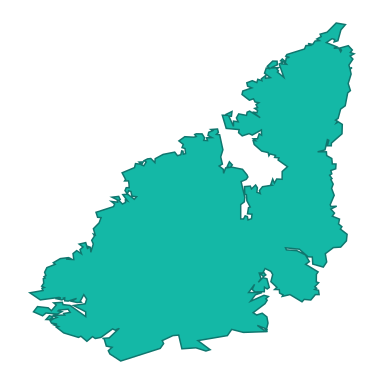 outline of Sveio nor, Hordaland, Norway
{"feature_id": "86288312B67781995425218", "entity_name": "Sveio nor", "entity_type": "district", "adm_level": 2, "iso_a3": "NOR", "parent_name": "Norway", "parent_adm1": "Hordaland", "projection": "natural_earth1", "projection_center": [5.405, 59.605], "detail": "fine", "context": "isolated", "style": "filled", "palette": "teal", "viewbox_px": 384, "rotation_deg": 0, "n_neighbors": 0, "source": "geoboundaries", "source_scale": "gbopen_adm2", "svg_char_len": 5952}
<svg xmlns="http://www.w3.org/2000/svg" viewBox="0 0 384 384"><path d="M205.9,351.0L210.1,349.7L197.9,340.6L227.4,335.6L231.7,329.4L243.4,332.4L266.6,331.6L267.0,329.8L263.6,330.0L257.3,325.4L266.6,329.0L268.0,323.1L266.9,316.9L262.2,313.2L256.7,315.0L253.1,312.7L265.0,303.7L267.2,300.2L265.8,298.8L268.4,296.5L264.0,295.3L250.5,301.3L255.4,294.8L262.0,292.6L248.6,292.5L254.6,284.3L252.2,289.4L254.9,291.9L264.3,291.7L264.5,287.2L267.2,289.0L269.3,287.5L266.9,278.7L262.9,277.7L258.3,282.3L261.0,278.6L259.2,273.0L262.8,273.0L260.8,274.2L263.4,276.6L265.8,274.9L263.2,272.2L265.1,268.5L270.8,271.3L272.7,274.5L270.9,281.7L276.9,287.3L274.6,289.5L279.3,289.6L279.6,293.1L283.0,294.8L282.2,296.4L290.0,294.6L302.0,301.8L304.2,299.4L310.8,300.0L315.4,294.6L319.1,294.6L318.5,290.3L314.7,289.4L316.6,288.2L314.8,286.7L318.6,282.7L316.3,281.9L316.4,274.3L318.1,271.9L305.6,264.3L309.4,261.6L305.4,254.9L296.7,250.6L286.4,249.9L285.5,247.8L299.4,249.2L308.0,256.8L312.3,257.0L312.8,264.1L323.3,267.1L326.7,262.0L325.3,253.7L333.4,247.6L340.7,247.1L346.4,240.9L347.1,234.3L340.4,229.1L341.9,226.7L338.5,223.9L339.5,219.1L332.3,216.2L334.5,213.1L330.8,209.1L336.7,206.2L330.9,206.5L330.2,204.7L334.2,195.3L331.6,188.4L333.2,184.1L330.8,179.4L332.0,178.6L329.6,175.2L331.8,173.8L330.8,170.5L335.7,168.8L336.0,164.0L332.3,163.9L331.8,158.5L326.7,155.6L326.4,151.8L317.6,151.8L325.0,149.9L327.4,139.6L328.8,140.3L327.4,145.8L331.3,145.8L331.4,143.1L342.0,133.8L342.3,124.4L338.4,121.9L336.2,123.1L337.4,121.2L335.5,120.1L338.1,118.4L340.6,109.1L345.2,105.8L347.7,92.9L350.4,90.6L348.2,83.5L351.1,74.1L350.1,69.3L352.0,67.6L349.8,68.2L348.9,65.1L352.9,59.1L350.1,56.0L354.1,53.8L350.3,52.5L352.3,50.0L348.3,45.7L339.7,48.1L341.5,50.2L340.7,51.8L338.7,47.9L333.8,48.3L336.7,46.8L326.3,42.6L332.0,38.7L334.7,39.5L334.1,41.9L337.9,40.7L340.9,29.9L345.4,24.6L336.2,23.0L327.1,32.2L320.1,34.2L321.2,36.6L316.8,39.0L319.4,40.6L315.1,41.0L312.7,44.4L308.1,43.5L310.5,45.4L305.9,45.6L304.5,49.0L286.9,54.5L285.8,56.2L289.5,57.3L286.3,58.0L285.5,61.7L282.3,59.0L280.6,60.8L284.6,62.5L285.1,63.3L286.0,63.6L286.6,64.3L281.9,63.9L282.4,62.2L279.2,64.0L283.9,77.4L277.4,72.1L278.5,70.9L276.8,68.9L278.6,67.6L270.7,68.0L277.3,64.8L277.1,61.2L272.7,61.1L267.3,66.3L270.3,68.9L266.3,68.0L264.5,73.2L270.4,77.6L265.5,78.3L265.8,75.4L261.4,78.8L261.9,80.7L257.8,79.3L256.8,82.6L252.3,80.7L246.8,82.8L247.6,86.2L251.8,87.9L242.8,91.0L242.0,94.5L249.4,100.2L253.5,98.8L255.1,102.0L258.8,102.7L256.0,104.6L257.6,107.6L254.7,108.4L257.6,110.4L257.0,112.7L252.6,112.0L260.2,117.7L249.6,111.1L247.1,112.2L246.5,115.4L238.7,113.9L236.4,117.9L238.2,121.8L233.5,121.1L233.5,126.4L228.8,116.1L231.4,116.3L232.0,111.5L226.2,114.3L227.2,115.3L222.3,115.2L226.2,128.4L239.1,129.6L238.6,132.7L242.2,135.9L249.1,133.6L252.2,135.1L261.4,129.9L261.6,135.2L259.2,133.8L257.5,138.7L253.3,138.8L255.5,140.7L253.1,140.5L254.2,144.5L261.7,151.1L268.2,152.6L268.9,155.7L270.0,153.9L275.5,155.4L274.6,157.4L278.9,157.9L278.1,160.0L287.5,166.7L282.2,171.5L282.1,179.3L276.7,179.0L274.4,183.1L272.7,179.1L270.8,184.5L272.1,185.2L262.5,186.7L259.4,190.6L260.3,193.6L256.8,192.2L257.4,187.8L255.6,185.0L251.5,188.9L250.3,186.1L244.5,186.6L244.8,194.5L246.4,194.6L246.9,200.8L250.2,207.0L248.5,207.6L247.5,213.8L252.0,214.2L251.5,218.7L248.0,219.9L247.4,216.6L245.2,215.8L243.5,219.0L240.7,218.9L240.7,204.6L244.3,201.9L244.8,197.4L241.1,181.6L246.2,179.4L247.9,177.0L247.0,174.9L242.5,169.3L230.6,166.9L232.3,164.9L229.4,161.8L227.2,166.5L229.1,167.5L225.6,167.9L223.6,173.4L223.3,169.3L219.1,166.0L222.4,164.1L220.7,156.9L222.9,149.8L219.6,134.7L216.4,134.4L218.4,132.4L217.5,129.0L211.0,129.5L212.8,130.6L208.7,132.3L208.0,135.5L212.0,137.6L206.6,137.8L207.5,140.6L203.7,140.4L204.6,137.9L202.1,133.9L196.3,133.8L194.7,134.5L196.3,136.5L193.9,137.2L184.8,136.7L178.9,140.9L183.3,144.4L182.0,147.6L185.0,148.5L185.6,153.6L183.3,154.2L183.0,151.2L181.7,150.9L180.8,154.7L177.5,155.7L174.7,152.1L163.1,154.4L155.2,158.7L154.9,162.6L150.8,158.5L147.5,158.9L144.2,160.6L146.2,162.0L143.8,165.8L141.5,164.9L143.2,161.9L139.1,162.1L141.4,164.3L135.5,163.6L134.5,167.6L122.1,172.8L125.6,179.4L124.6,180.9L128.5,180.9L129.0,184.0L129.2,187.6L126.2,187.7L125.0,190.6L127.4,194.0L128.6,190.8L130.9,191.5L132.0,196.2L136.6,196.7L134.3,199.3L127.7,194.2L122.8,194.6L127.5,200.9L125.4,200.0L125.5,202.5L122.4,204.0L118.7,200.3L120.2,199.5L118.7,196.4L112.0,197.2L117.1,199.7L117.6,202.2L111.3,201.4L114.6,204.0L113.6,206.6L96.0,212.3L97.6,217.3L101.1,217.6L99.1,222.9L93.4,228.7L95.2,234.9L93.5,234.2L94.5,236.0L91.7,240.3L93.3,244.0L90.8,252.3L90.4,247.3L87.9,246.4L88.7,247.7L87.5,248.4L85.7,242.6L79.2,244.1L83.0,247.0L80.0,249.6L81.5,253.8L76.7,250.6L73.0,253.6L73.8,259.6L66.1,259.1L69.9,258.2L68.5,257.6L60.3,258.6L53.3,262.7L55.2,264.3L46.9,267.6L44.6,272.3L45.9,275.6L44.0,276.7L45.1,278.1L43.3,278.7L43.7,283.3L41.7,286.2L44.3,287.5L41.9,288.3L43.0,290.5L29.9,292.8L40.3,299.9L59.0,297.4L60.9,298.0L56.9,298.2L56.4,298.7L61.9,299.9L64.2,298.8L63.6,298.1L64.7,297.8L64.7,300.8L68.2,301.1L76.6,298.4L71.7,301.3L77.1,302.5L81.3,302.2L80.3,301.1L83.8,294.7L86.7,299.1L85.2,303.8L73.5,305.5L85.7,311.8L85.7,316.6L69.9,305.4L63.0,304.6L62.3,302.3L53.7,302.9L56.3,305.0L51.4,310.7L48.2,307.8L37.5,306.6L33.5,311.8L42.6,315.8L46.0,313.0L57.3,314.1L61.8,311.7L58.1,310.9L58.9,310.1L68.1,309.2L70.2,312.4L63.7,313.5L64.7,315.0L52.6,315.4L57.0,317.4L54.5,318.4L50.9,318.6L52.9,316.6L49.4,315.8L46.0,319.5L52.0,319.7L50.2,320.8L51.5,323.1L57.1,324.1L54.0,324.9L58.4,326.6L56.4,327.2L63.7,332.9L78.5,337.4L80.9,336.2L86.9,341.3L92.5,336.6L95.3,338.5L100.9,337.4L112.6,328.9L115.3,330.2L117.2,329.2L119.0,328.6L119.4,328.2L109.2,337.9L102.4,338.4L104.1,338.6L106.3,346.1L112.1,347.3L108.3,350.7L109.9,354.0L120.7,361.0L160.2,348.4L163.6,343.6L162.2,340.6L172.9,335.6L178.7,335.1L181.9,348.8L195.9,347.8L205.9,351.0ZM266.7,331.6L267.7,331.3L266.6,331.6L266.7,331.6Z" fill="#14b8a6" stroke="#0f766e" stroke-width="1.5"/></svg>